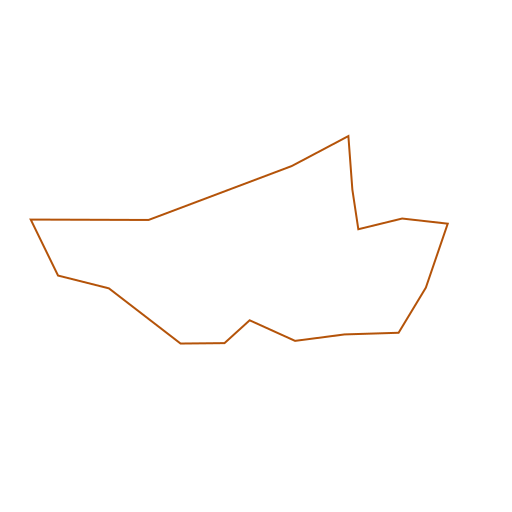 map outline of Eastern (Natural Earth projection), rotated 154°
{"feature_id": "HKG-5155", "entity_name": "Eastern", "entity_type": "state/province", "adm_level": 1, "iso_a3": "HKG", "parent_name": "Hong Kong S.A.R.", "parent_adm1": "", "projection": "natural_earth1", "projection_center": [114.211, 22.27], "detail": "fine", "context": "isolated", "style": "outline", "palette": "amber", "viewbox_px": 512, "rotation_deg": 154, "n_neighbors": 0, "source": "natural_earth", "source_scale": "10m", "svg_char_len": 380}
<svg xmlns="http://www.w3.org/2000/svg" viewBox="0 0 512 512"><g transform="rotate(154 256 256)"><path d="M69.5,201.0L117.2,153.1L161.5,124.5L210.8,146.7L258.1,162.6L289.9,201.0L322.5,191.5L362.2,210.4L402.4,291.4L442.5,325.2L442.5,387.5L336.8,335.5L184.4,321.2L120.4,323.3L140.3,273.4L152.3,235.2L108.2,225.6L69.5,201.0Z" fill="none" stroke="#b45309" stroke-width="2"/></g></svg>